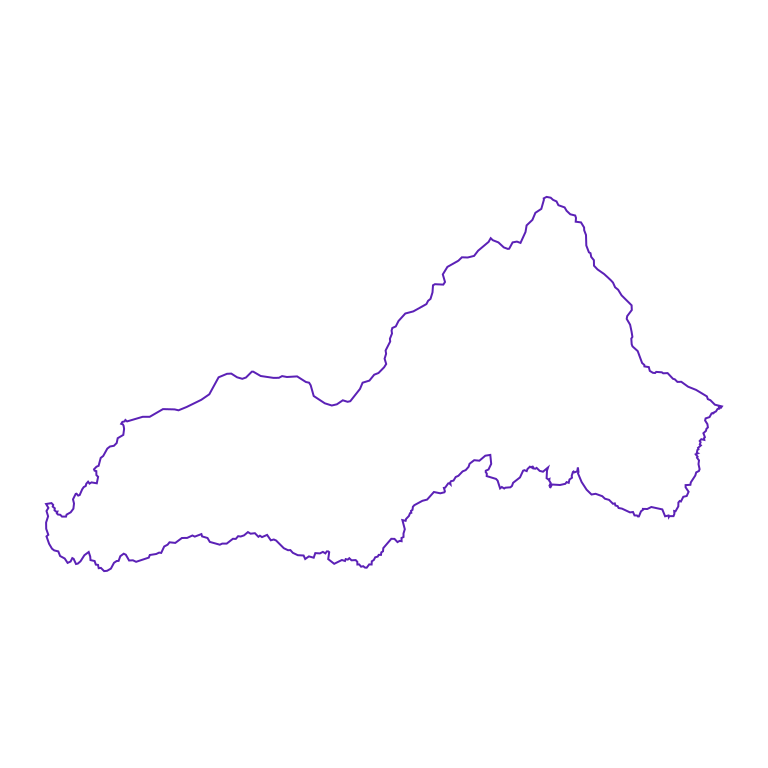 Cotacachi, Imbabura, Ecuador
{"feature_id": "8360857B15521483188159", "entity_name": "Cotacachi", "entity_type": "district", "adm_level": 2, "iso_a3": "ECU", "parent_name": "Ecuador", "parent_adm1": "Imbabura", "projection": "natural_earth1", "projection_center": [-78.573, 0.395], "detail": "fine", "context": "isolated", "style": "outline", "palette": "violet", "viewbox_px": 768, "rotation_deg": 0, "n_neighbors": 0, "source": "geoboundaries", "source_scale": "gbopen_adm2", "svg_char_len": 6062}
<svg xmlns="http://www.w3.org/2000/svg" viewBox="0 0 768 768"><path d="M721.9,406.4L714.9,404.7L710.4,400.2L707.8,399.1L706.9,396.4L696.1,389.9L688.1,386.7L681.3,381.8L677.4,381.9L674.8,379.3L673.0,378.8L667.6,373.1L663.2,373.3L661.8,372.3L656.2,371.9L655.1,373.0L652.9,372.8L649.8,370.9L648.8,367.1L644.4,366.4L644.3,364.9L642.1,363.0L637.7,351.1L632.5,346.4L631.7,344.3L631.3,338.6L632.4,336.9L631.6,331.8L630.1,324.7L626.7,318.9L627.2,316.1L631.8,310.0L631.6,305.3L621.6,295.4L618.1,289.7L615.1,287.3L613.0,282.6L610.9,280.3L604.2,274.1L597.5,269.4L594.0,265.7L593.9,260.2L591.2,256.9L590.5,253.2L588.9,252.3L586.3,245.5L586.0,235.0L584.2,230.3L584.1,227.5L581.0,222.4L575.7,221.7L576.0,217.9L575.2,215.5L570.3,214.3L566.6,210.8L564.6,207.4L558.4,205.2L556.5,201.4L553.1,199.9L550.7,197.7L546.6,196.9L543.7,198.4L543.9,199.8L541.3,208.9L535.4,212.8L532.4,219.9L526.6,225.4L525.5,232.0L520.5,242.9L516.9,241.6L512.6,242.4L509.2,248.7L507.8,248.9L503.8,247.4L498.4,242.4L492.8,240.2L490.7,238.2L488.6,241.9L478.1,250.7L474.1,255.9L467.7,257.5L461.9,257.3L458.4,260.7L447.4,266.9L442.8,274.4L445.0,282.0L443.3,284.6L434.9,284.2L433.0,285.3L432.5,292.4L430.5,298.9L428.1,300.8L426.4,304.1L413.3,311.4L405.3,313.5L398.5,321.0L395.8,326.4L392.3,328.0L391.6,330.6L392.0,333.5L389.9,338.8L390.2,341.5L385.6,350.5L386.1,353.8L384.6,358.7L386.2,364.0L384.1,367.3L378.5,373.0L374.2,374.7L369.4,380.6L362.6,382.7L360.0,388.9L350.3,401.2L347.6,401.8L342.8,400.3L336.9,404.3L331.8,405.5L324.8,403.3L313.7,396.0L310.7,385.3L309.1,382.7L305.9,382.0L297.1,376.4L286.9,377.0L282.1,376.1L278.9,377.8L273.6,377.9L260.7,376.0L253.3,371.7L251.8,371.7L246.0,377.5L242.3,378.8L237.1,377.3L231.3,373.6L227.0,373.8L218.6,377.3L209.3,394.3L201.3,399.8L186.6,407.0L178.5,410.3L174.6,409.4L163.0,409.1L149.7,416.8L142.7,416.8L127.1,421.4L125.4,420.0L124.6,421.4L122.4,421.9L121.2,423.8L122.9,424.4L123.6,425.8L124.1,428.9L123.3,434.9L117.7,438.2L116.7,443.0L113.9,445.8L110.0,446.5L107.3,448.6L103.2,456.0L100.7,457.9L98.6,465.8L96.5,466.7L94.0,469.3L94.6,470.7L96.3,471.1L96.4,475.1L98.1,476.8L96.8,483.3L91.5,482.4L89.5,483.6L88.1,481.7L86.3,483.7L85.7,486.0L83.7,487.1L82.2,489.3L79.7,495.0L78.2,495.6L76.5,493.7L75.7,493.9L73.0,499.3L74.0,503.5L73.4,508.7L70.7,512.3L66.6,514.6L66.0,516.6L62.0,516.6L60.3,514.8L57.9,514.5L56.8,513.3L57.4,511.6L56.3,511.7L54.5,510.3L54.8,508.3L52.7,506.6L53.2,504.9L51.5,503.1L46.1,504.0L48.4,507.9L46.5,511.0L48.1,516.3L46.1,522.5L46.2,528.8L48.3,534.8L46.5,536.4L49.1,543.8L52.0,548.7L54.2,550.4L58.3,551.4L60.1,556.0L64.7,558.5L67.6,562.9L70.6,561.5L72.3,558.1L73.6,558.8L76.0,564.0L77.8,563.6L80.5,561.3L84.4,555.2L88.7,552.0L90.2,556.5L90.5,560.1L94.6,561.0L95.8,564.6L98.0,564.9L98.7,568.2L100.9,567.9L104.1,571.1L107.1,570.8L110.9,568.6L114.0,562.8L116.7,561.0L118.6,560.9L120.3,556.2L123.7,553.7L125.8,554.7L129.1,560.5L132.9,560.3L136.1,561.8L148.8,557.6L149.8,555.0L156.2,554.0L159.1,552.6L161.2,552.9L164.2,546.5L167.6,544.7L169.5,542.3L175.3,542.9L181.9,538.0L187.2,537.9L192.4,535.5L194.8,536.6L201.4,534.1L202.1,536.4L207.5,538.0L209.8,541.9L219.8,544.7L222.2,543.6L226.7,543.6L232.9,538.8L235.8,538.9L238.1,536.2L240.7,536.5L244.0,535.4L247.9,532.1L250.6,533.7L254.9,533.2L258.4,536.8L259.9,535.7L262.0,537.1L267.1,534.9L270.8,540.3L273.8,539.5L276.1,540.5L283.8,548.2L288.0,550.2L290.4,550.1L292.8,552.8L297.8,555.2L303.6,555.5L305.2,559.0L308.9,556.4L313.7,557.7L315.3,553.1L319.9,553.4L322.9,551.9L325.4,553.4L326.8,551.4L328.2,551.4L329.2,552.2L328.2,559.1L334.2,563.8L341.9,560.0L345.0,561.0L345.7,559.1L347.8,559.6L349.3,558.2L351.5,560.3L355.7,560.1L357.3,561.8L357.4,564.5L359.2,564.4L361.1,566.7L363.2,566.2L365.0,567.6L366.7,567.7L369.2,564.4L371.6,564.5L371.8,561.3L373.8,560.0L375.2,557.3L377.7,556.6L378.7,554.9L381.0,554.9L381.3,552.4L383.0,551.3L383.3,548.1L391.3,538.8L394.5,538.9L397.5,542.1L399.6,540.9L401.6,541.2L401.5,538.0L403.5,537.0L403.5,533.5L404.8,529.2L402.4,520.1L405.6,520.8L406.1,518.9L408.9,516.0L410.0,513.2L411.3,512.8L411.0,510.9L412.5,509.8L412.9,506.8L414.3,505.2L422.4,500.8L427.1,499.6L433.9,492.0L440.3,493.3L444.4,492.3L444.9,491.3L443.9,487.9L445.2,487.6L448.2,483.4L449.2,483.2L450.5,484.4L450.2,482.5L451.0,481.2L453.5,480.6L455.7,477.0L458.4,475.8L462.6,471.4L465.7,470.1L468.6,466.8L469.6,463.7L474.2,460.2L479.4,460.7L485.3,455.7L490.3,454.9L491.2,463.9L488.5,469.5L485.8,470.7L485.7,472.1L486.8,473.6L486.7,476.1L496.0,478.9L497.6,480.6L500.1,488.4L501.8,487.0L504.2,488.5L505.3,487.7L510.4,487.3L512.0,485.9L513.1,482.8L520.0,477.4L523.1,470.7L524.4,470.2L526.7,471.1L527.5,469.0L529.9,466.7L530.7,467.2L532.7,466.6L533.6,467.8L532.6,466.9L531.3,468.1L532.5,467.4L533.1,468.4L535.4,468.7L536.6,467.9L539.7,470.9L543.0,471.7L548.0,467.5L547.0,470.6L546.6,478.2L548.4,479.5L549.4,479.0L549.2,480.6L550.7,483.0L549.5,485.7L550.2,486.2L550.1,488.0L552.0,484.5L560.0,485.0L565.3,483.8L566.6,482.1L568.7,482.8L569.5,479.5L572.0,477.7L571.7,475.9L572.9,472.0L573.6,471.5L574.2,472.4L577.2,471.4L577.9,467.4L578.5,472.1L578.0,473.4L581.6,482.0L586.6,489.7L591.5,494.5L595.6,493.8L602.3,496.2L604.9,498.7L609.1,499.9L613.0,503.8L614.8,503.4L615.4,505.5L617.6,506.1L618.6,508.0L621.9,508.6L630.0,512.4L633.0,512.0L634.5,515.4L637.0,515.5L638.0,516.5L638.9,516.4L641.0,511.3L643.1,509.7L643.0,508.9L647.3,509.0L651.3,507.0L662.3,509.4L665.1,516.3L668.5,515.5L668.8,517.0L669.3,516.1L673.5,516.1L674.4,513.9L674.2,511.0L675.5,511.3L678.3,506.4L678.4,502.5L679.7,501.0L680.9,501.5L683.3,496.8L686.7,496.0L688.6,491.8L685.6,487.3L685.6,485.1L690.4,484.8L690.8,482.4L695.3,475.5L696.2,472.4L698.9,471.0L699.6,469.2L698.5,464.1L699.0,460.4L697.0,457.7L697.6,456.7L695.7,454.3L697.8,453.3L696.8,452.9L697.4,450.0L698.5,449.2L698.0,447.9L700.9,445.4L699.8,444.4L700.6,442.2L699.7,441.0L701.3,439.2L704.3,439.9L704.0,438.2L704.9,437.2L703.4,433.2L706.0,430.8L706.4,428.9L707.9,427.4L707.4,424.1L705.1,420.5L705.6,418.4L709.5,417.1L711.6,413.4L712.7,413.0L713.6,414.0L713.3,412.8L716.0,411.4L717.5,409.0L719.1,408.7L718.9,407.4L720.9,407.8L721.9,406.4Z" fill="none" stroke="#5b21b6" stroke-width="2"/></svg>